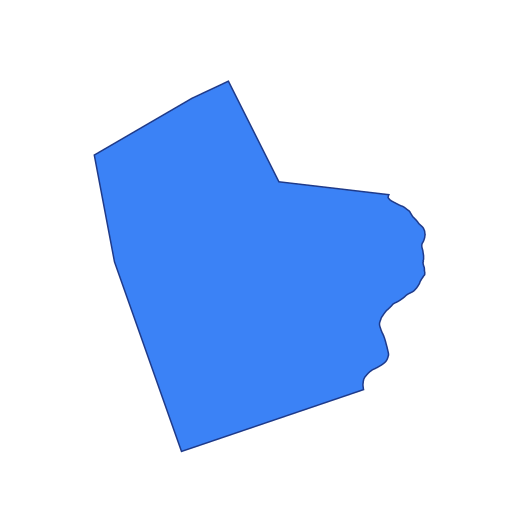 Palmiste Estate, Praslin, Saint Lucia, rotated 241°
{"feature_id": "8701671B26229529558045", "entity_name": "Palmiste Estate", "entity_type": "district", "adm_level": 2, "iso_a3": "LCA", "parent_name": "Saint Lucia", "parent_adm1": "Praslin", "projection": "natural_earth1", "projection_center": [-60.965, 13.853], "detail": "fine", "context": "isolated", "style": "filled", "palette": "blue", "viewbox_px": 512, "rotation_deg": 241, "n_neighbors": 0, "source": "geoboundaries", "source_scale": "gbopen_adm2", "svg_char_len": 5847}
<svg xmlns="http://www.w3.org/2000/svg" viewBox="0 0 512 512"><g transform="rotate(241 256 256)"><path d="M87.0,285.3L87.3,285.4L88.0,285.6L88.7,285.9L88.9,286.0L89.4,286.2L89.8,286.3L90.0,286.4L90.2,286.5L90.9,286.8L91.3,287.0L91.7,287.2L92.0,287.4L92.6,287.8L92.8,288.0L93.1,288.2L93.3,288.4L93.8,288.6L94.5,289.2L94.9,289.5L95.0,289.7L95.4,289.9L96.1,290.7L96.3,290.9L96.8,291.7L97.5,292.8L97.5,293.0L97.6,293.3L97.8,293.7L98.1,294.6L98.5,295.4L98.5,295.6L98.6,295.9L98.8,296.5L99.0,297.0L99.1,297.4L99.2,297.7L99.3,298.1L99.3,298.3L99.5,298.9L99.6,299.3L99.7,299.8L99.8,301.0L99.9,301.7L100.0,302.2L100.0,303.6L99.9,304.4L99.9,304.7L99.8,305.2L99.8,305.7L99.8,306.0L99.8,306.5L99.8,307.1L99.7,307.7L99.8,311.1L99.8,311.3L99.8,312.6L99.9,313.0L99.9,313.3L99.9,313.8L100.0,314.6L100.2,315.6L100.2,315.8L100.3,316.5L100.5,317.3L100.7,317.9L100.8,318.3L101.0,318.8L101.2,319.1L101.3,319.4L101.6,319.8L101.8,320.2L101.9,320.4L102.3,320.9L102.5,321.2L102.8,321.5L103.1,321.8L103.3,322.1L103.9,322.7L104.3,323.0L104.6,323.4L105.0,323.8L105.3,324.0L105.5,324.1L105.9,324.3L106.1,324.4L106.3,324.5L106.6,324.6L106.9,324.7L107.2,324.8L107.8,325.0L108.3,325.1L108.5,325.2L108.9,325.3L109.4,325.4L109.6,325.5L110.2,325.7L110.7,325.8L111.7,326.1L112.0,326.1L112.3,326.3L113.0,326.5L113.7,326.6L114.1,326.7L114.3,326.8L114.8,326.9L115.4,327.1L115.8,327.1L116.3,327.3L116.5,327.3L116.9,327.4L117.1,327.5L117.9,327.7L118.3,327.8L120.1,328.2L120.5,328.3L121.2,328.4L121.8,328.6L122.2,328.6L122.8,328.7L123.3,328.8L123.7,328.8L123.9,328.9L124.2,328.9L124.4,329.0L124.8,329.0L125.0,329.0L126.0,329.1L126.4,329.1L126.7,329.2L127.6,329.1L128.1,329.2L128.4,329.2L128.6,329.2L128.9,329.3L129.6,329.4L130.2,329.4L130.7,329.5L131.1,329.6L132.8,329.9L133.2,330.0L133.4,330.0L133.9,330.1L134.4,330.2L135.1,330.4L135.5,330.5L136.2,330.8L136.5,331.0L137.1,331.3L137.5,331.6L137.9,331.9L138.1,332.2L138.9,333.0L139.2,333.4L139.9,334.2L140.5,334.9L140.8,335.1L141.0,335.3L141.2,335.7L141.5,336.2L141.7,336.4L142.0,337.0L142.3,337.8L142.6,338.3L142.7,338.5L142.9,338.8L143.2,339.4L143.7,340.5L143.8,340.7L144.0,341.2L144.1,341.4L144.9,343.3L145.0,343.7L145.2,344.3L145.3,344.9L145.3,345.3L145.5,345.9L145.7,346.6L145.9,347.4L146.0,348.0L146.1,348.3L146.4,349.1L146.5,349.6L146.7,350.3L147.0,351.1L147.1,351.3L147.2,351.6L147.4,351.9L147.4,352.3L147.5,352.5L147.6,352.9L147.6,354.4L147.6,354.9L147.6,355.3L147.5,355.6L147.5,355.8L147.5,356.3L147.4,356.5L147.5,356.9L147.4,357.5L147.5,360.7L147.6,360.9L147.6,361.5L147.7,362.1L147.7,362.5L147.8,363.0L147.8,363.6L147.9,364.1L147.9,364.4L148.0,364.6L148.1,365.1L148.1,365.5L148.5,367.1L148.6,367.3L148.9,368.8L148.9,369.3L149.0,369.5L149.0,369.9L149.0,371.3L149.0,371.6L149.0,372.2L148.9,372.7L148.9,373.2L148.9,373.4L148.9,374.5L148.8,375.0L148.9,376.6L148.9,376.8L149.0,377.3L149.1,377.6L149.2,377.8L149.3,378.2L149.3,378.4L149.4,378.6L149.5,379.0L149.7,379.4L149.8,379.9L149.9,380.1L150.0,380.3L150.1,380.8L150.2,381.0L150.4,381.4L150.7,382.0L151.2,383.0L151.3,383.2L151.4,383.4L151.6,383.7L151.7,383.9L151.9,384.2L152.0,384.4L152.2,384.8L152.5,385.3L152.8,385.7L153.0,386.0L153.6,386.6L154.1,387.2L154.4,387.7L154.5,387.8L154.7,388.2L154.8,388.5L155.0,388.6L155.2,389.0L155.4,389.4L155.6,389.7L155.9,390.3L156.0,390.5L156.1,390.8L156.2,391.0L156.4,391.2L156.5,391.4L156.7,392.1L157.0,392.3L157.3,393.0L157.4,393.4L157.8,394.4L158.1,394.5L158.3,394.8L158.9,395.0L159.1,395.3L159.5,395.5L159.9,395.7L160.4,395.8L160.9,396.0L161.2,396.1L161.4,396.2L161.9,396.3L162.1,396.6L163.0,396.9L163.4,397.2L163.6,397.3L164.3,397.5L164.7,397.7L164.9,397.7L165.8,397.7L166.1,397.9L167.2,398.1L167.5,398.2L168.0,398.4L168.3,398.5L168.7,398.6L169.1,398.8L169.3,399.0L169.6,399.0L169.9,399.6L170.9,399.9L171.4,400.6L171.7,400.8L172.1,401.1L172.3,401.2L172.9,401.6L173.4,401.8L174.6,402.5L175.0,402.7L175.2,402.8L175.6,402.9L176.0,403.1L176.4,403.2L177.1,403.5L177.4,403.6L178.0,403.8L178.5,404.0L178.8,404.1L179.2,404.3L179.4,404.3L179.8,404.5L180.0,404.5L180.4,404.7L180.6,404.7L181.0,404.8L181.8,405.0L182.2,405.1L182.6,405.2L183.0,405.3L183.5,405.4L183.6,405.5L184.0,405.7L184.5,405.9L185.0,406.2L185.4,406.5L185.6,406.6L185.9,406.9L186.1,407.1L186.5,407.6L186.7,407.8L186.8,408.1L186.9,408.3L187.0,408.5L187.3,408.9L187.6,409.4L188.2,410.2L188.5,410.5L188.9,411.0L189.1,411.1L189.4,411.5L189.7,411.8L190.4,412.5L190.9,412.9L191.4,413.2L192.4,414.0L192.5,414.1L192.9,414.3L193.0,414.4L193.4,414.5L194.1,414.7L194.3,414.8L194.9,415.1L195.4,415.3L195.6,415.4L196.0,415.5L196.7,415.7L196.9,415.7L197.2,415.7L197.4,415.7L197.8,415.7L198.0,415.8L199.2,415.9L199.9,415.8L200.4,415.7L200.6,415.7L204.2,414.5L204.8,414.3L205.4,414.1L205.7,414.1L206.2,414.0L207.5,413.9L208.0,413.8L208.4,413.8L208.6,413.7L209.3,413.5L209.7,413.5L209.9,413.4L210.8,413.3L210.9,413.2L211.2,413.0L212.7,412.7L213.0,412.6L213.4,412.4L214.3,412.2L214.6,412.2L215.1,412.1L218.1,412.0L218.3,412.0L219.0,411.9L219.3,412.0L219.8,412.0L220.1,412.0L220.4,411.9L220.8,411.8L221.5,411.7L221.8,411.5L222.0,411.3L222.8,411.0L223.2,410.8L223.4,410.7L224.0,410.4L224.7,410.2L224.9,410.1L225.2,410.0L225.6,409.8L226.0,409.6L226.3,409.5L226.6,409.3L226.9,409.2L227.3,409.0L227.5,408.8L227.8,408.6L228.1,408.5L228.5,408.2L229.0,407.7L230.0,406.8L230.1,406.7L230.4,406.6L230.8,406.3L231.0,406.1L232.1,405.3L232.6,405.1L232.8,404.9L233.4,404.5L233.7,404.3L233.8,404.2L234.4,403.8L234.8,403.6L235.1,403.4L235.8,402.9L236.2,402.6L236.9,402.2L237.7,401.7L237.9,401.5L238.3,401.3L238.5,401.1L238.8,401.0L239.1,400.9L239.5,400.7L239.8,400.5L240.4,400.3L240.7,400.2L241.0,400.2L241.4,400.1L241.7,400.0L242.0,400.0L242.3,399.9L242.9,399.8L243.1,400.0L243.5,400.1L243.9,400.5L244.0,400.6L244.3,400.9L244.6,401.2L244.7,401.3L245.0,401.6L245.2,401.9L309.8,312.0L422.3,316.6L425.0,276.4L422.7,163.5L319.5,129.4L121.2,96.1L87.0,285.3Z" fill="#3b82f6" stroke="#1e3a8a" stroke-width="1.5"/></g></svg>